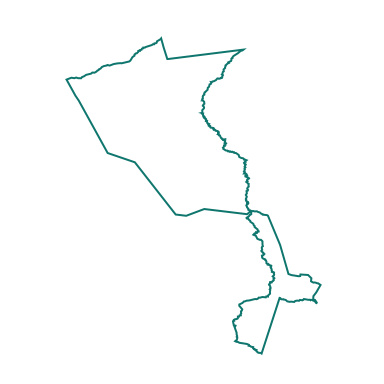 outline of Isiolo North, Eastern, Kenya, rotated 279°
{"feature_id": "3690345B29935700450408", "entity_name": "Isiolo North", "entity_type": "district", "adm_level": 2, "iso_a3": "KEN", "parent_name": "Kenya", "parent_adm1": "Eastern", "projection": "equal_earth", "projection_center": [38.187, 1.182], "detail": "fine", "context": "isolated", "style": "outline", "palette": "teal", "viewbox_px": 384, "rotation_deg": 279, "n_neighbors": 0, "source": "geoboundaries", "source_scale": "gbopen_adm2", "svg_char_len": 6073}
<svg xmlns="http://www.w3.org/2000/svg" viewBox="0 0 384 384"><g transform="rotate(279 192 192)"><path d="M283.4,50.5L268.9,61.8L264.4,66.0L217.3,102.6L212.4,130.9L167.2,179.4L167.6,190.0L177.1,206.8L178.7,249.9L182.6,253.3L183.0,252.3L182.9,251.4L183.3,250.3L184.3,250.3L185.4,248.8L186.7,248.4L187.0,247.8L188.6,248.1L188.8,248.7L189.4,248.4L189.3,249.1L189.7,249.4L190.8,249.0L191.8,246.8L192.7,246.4L193.4,246.7L193.9,246.3L195.8,246.9L197.6,245.6L199.2,246.4L201.4,245.7L202.0,246.8L202.9,247.0L203.8,246.0L205.2,246.3L206.2,247.2L208.1,246.6L208.8,246.8L210.4,244.1L211.4,245.2L212.3,244.4L213.0,244.7L214.3,246.2L214.8,245.8L215.7,242.3L216.4,242.2L217.0,243.8L218.2,243.0L218.5,242.1L218.4,240.7L219.3,241.3L220.1,240.2L220.8,240.8L221.7,240.3L222.6,240.7L223.4,240.2L224.7,240.9L225.2,240.0L227.6,240.8L227.9,240.4L227.6,239.8L228.9,238.8L229.9,239.4L230.1,240.1L230.7,239.8L231.9,240.9L232.3,239.1L232.2,238.2L233.0,237.8L233.3,237.0L233.3,235.4L234.0,233.2L235.9,232.3L237.3,229.5L237.3,227.5L237.9,227.2L237.7,226.3L238.1,225.7L237.6,224.4L238.1,223.7L237.6,222.7L238.2,221.9L237.8,221.2L238.4,220.5L238.3,218.9L239.5,216.2L240.1,216.3L240.6,215.7L241.4,216.3L242.6,216.3L242.7,216.9L243.2,216.6L243.7,217.6L244.5,217.3L244.9,217.7L245.3,216.9L245.7,217.5L246.1,216.7L247.4,216.8L247.8,216.0L248.3,216.3L248.3,215.3L249.0,215.7L248.5,214.3L249.0,214.1L249.0,213.4L249.8,212.9L250.0,212.1L252.1,210.8L252.1,209.9L252.9,209.3L253.0,208.8L253.4,209.2L253.7,208.6L254.6,208.4L255.0,209.1L255.7,208.8L256.2,207.7L256.2,205.7L256.8,205.5L257.1,204.8L256.8,203.7L257.6,203.1L258.1,203.7L258.4,203.5L258.6,203.0L258.5,200.6L258.8,200.6L259.2,199.5L259.9,199.5L259.7,198.8L260.0,198.2L260.8,198.3L261.0,197.6L261.6,197.2L262.0,197.8L262.5,196.3L264.0,195.8L264.1,195.1L264.6,195.4L264.7,194.6L265.6,194.7L266.2,193.8L266.5,194.0L267.1,192.5L267.5,192.5L267.4,192.0L268.2,191.5L268.4,192.3L269.6,190.9L270.6,190.7L270.8,190.0L271.4,190.4L271.6,189.2L271.9,189.9L274.4,189.3L276.5,190.7L277.3,190.7L278.1,190.3L279.3,188.5L279.2,188.9L280.0,189.8L280.4,189.8L281.1,190.4L283.0,189.9L284.0,188.6L284.0,188.1L284.2,188.3L285.2,187.5L286.0,188.1L287.7,187.7L289.0,187.9L290.1,189.0L291.0,188.6L292.4,188.9L292.6,189.5L293.2,189.7L295.4,191.4L297.4,191.3L298.7,192.4L301.0,192.5L301.7,193.7L302.9,194.0L303.5,193.6L303.5,194.4L304.3,194.8L304.8,196.2L306.2,198.1L308.0,199.2L308.3,199.9L308.0,200.9L309.2,203.3L309.5,203.0L310.1,203.9L311.4,203.8L312.1,204.2L312.7,203.4L312.9,203.8L313.3,203.5L315.4,203.7L316.1,204.5L318.0,204.0L319.6,205.3L320.3,205.1L321.9,205.6L322.3,205.3L324.6,207.2L325.2,208.2L325.8,207.6L327.5,210.1L328.7,210.3L329.7,210.0L330.4,210.4L330.7,211.1L331.5,211.0L332.8,211.7L336.3,215.7L338.9,217.9L339.8,219.8L340.7,220.6L319.5,147.2L319.5,146.8L330.3,141.4L338.9,137.5L338.0,137.0L335.3,133.8L334.0,133.8L333.3,133.1L332.9,131.6L332.0,131.5L331.8,130.2L330.9,129.4L327.9,123.5L327.4,123.1L327.0,121.3L326.3,121.4L325.7,120.1L324.6,119.9L324.0,118.3L323.3,118.5L322.9,116.9L322.0,117.0L320.3,115.7L320.2,115.0L318.8,113.7L317.7,113.9L315.9,112.1L312.2,110.6L311.1,109.6L308.1,102.3L308.1,101.3L307.4,98.4L306.2,94.8L304.0,90.9L304.2,88.5L303.6,88.0L302.6,85.3L301.3,83.4L299.6,82.4L298.5,80.8L297.7,80.6L297.1,79.5L296.1,78.9L294.6,77.1L294.4,74.9L293.1,73.8L291.2,69.2L289.3,67.1L288.2,65.3L287.0,64.7L286.6,61.6L286.9,59.7L286.0,57.9L286.0,55.0L283.4,50.5ZM122.5,323.5L125.5,323.4L128.2,319.6L127.5,312.0L125.9,312.0L125.5,310.7L125.5,303.3L126.1,300.1L153.5,287.3L180.5,270.7L180.9,269.7L180.7,265.6L181.0,265.6L181.4,263.8L182.4,262.1L182.6,260.4L183.1,259.1L182.6,256.8L182.8,255.2L182.4,254.4L182.6,253.3L179.5,254.0L178.7,253.3L178.5,252.7L176.9,252.0L175.9,250.9L175.2,251.2L175.2,250.1L174.9,249.9L174.3,250.5L174.4,251.8L173.4,252.6L172.7,254.0L171.8,254.2L170.2,257.5L168.8,258.2L168.2,259.2L167.2,259.3L165.3,262.6L164.1,263.1L163.7,264.0L163.3,264.0L163.0,262.8L162.1,262.7L162.2,261.7L161.5,261.9L160.9,260.3L159.4,259.3L159.0,260.5L159.2,261.1L159.0,261.7L156.0,263.9L155.4,266.3L155.6,267.6L154.3,269.3L150.8,269.9L149.6,270.5L148.6,269.7L147.8,269.6L145.8,270.4L144.7,269.7L144.1,270.1L143.2,272.0L142.5,272.0L142.0,273.1L140.6,272.2L140.1,271.0L138.1,271.6L137.3,272.8L136.9,274.9L136.3,275.4L136.1,275.2L135.2,276.3L133.3,276.7L132.6,278.1L132.1,278.1L132.0,279.3L132.4,279.3L131.8,280.2L131.8,281.4L131.4,281.9L130.7,281.4L130.2,281.8L129.6,281.5L128.2,282.8L127.2,282.8L126.4,283.4L125.6,283.4L125.6,285.2L125.3,285.6L124.6,285.4L123.7,286.0L122.7,286.0L121.3,284.9L119.8,286.8L118.8,286.0L117.9,286.6L117.0,286.2L116.5,285.4L115.1,284.8L115.4,283.8L115.2,283.2L113.6,283.3L112.8,282.5L112.3,282.7L111.7,283.6L110.0,284.5L109.4,284.2L108.9,284.6L108.0,284.0L107.5,284.6L105.6,284.6L103.8,285.0L101.6,283.3L100.6,283.4L100.5,281.7L99.5,281.4L99.3,278.0L98.2,275.5L98.1,274.4L96.8,273.6L96.2,272.4L96.2,271.1L93.8,265.4L93.2,262.9L92.2,261.3L92.0,260.4L90.3,259.2L88.3,256.3L87.0,256.5L84.0,260.0L82.5,259.7L81.8,259.0L79.6,259.6L78.9,259.1L77.8,259.5L77.4,258.2L76.2,257.9L76.1,256.8L74.3,257.0L73.5,256.0L73.0,254.3L72.3,253.4L71.4,253.8L71.1,252.9L70.7,252.7L67.0,254.1L66.8,255.9L65.9,255.7L65.6,255.0L59.9,258.1L58.4,258.3L56.7,259.2L55.9,258.8L55.1,259.6L53.0,259.4L51.4,258.0L51.0,259.2L51.1,260.8L50.5,262.3L50.5,269.9L50.0,272.1L49.0,272.0L48.9,273.8L48.4,274.6L48.4,276.7L47.2,276.8L46.8,278.1L46.4,278.0L46.1,280.0L45.6,279.6L45.1,280.7L44.6,280.8L44.2,281.8L43.8,282.0L43.6,282.9L43.8,285.0L43.3,286.0L101.1,295.1L101.0,295.9L100.1,296.7L100.0,297.7L100.4,298.9L100.1,299.4L100.2,300.5L99.8,301.9L98.9,303.1L98.8,305.7L99.2,306.9L99.4,310.2L100.5,311.0L101.2,312.9L101.3,314.8L102.3,315.5L102.3,317.9L102.7,318.1L102.9,318.9L103.8,319.3L103.7,323.7L104.0,325.1L103.7,325.8L104.0,325.9L104.2,327.5L103.8,328.2L104.0,329.0L103.3,329.8L103.1,330.5L103.3,330.8L103.0,331.5L102.3,331.5L101.7,332.1L101.7,332.3L102.3,332.5L104.6,330.4L104.8,328.5L108.1,328.2L112.2,330.4L120.3,333.5L121.6,330.7L121.4,330.0L121.8,328.6L121.8,326.9L121.5,326.1L122.0,324.5L122.5,323.5Z" fill="none" stroke="#0f766e" stroke-width="2"/></g></svg>